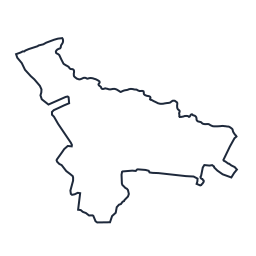 Río Bravo, Suchitepéquez, Guatemala (Mercator projection), rotated 87°
{"feature_id": "79465075B98045843880740", "entity_name": "Río Bravo", "entity_type": "district", "adm_level": 2, "iso_a3": "GTM", "parent_name": "Guatemala", "parent_adm1": "Suchitepéquez", "projection": "mercator", "projection_center": [-91.352, 14.385], "detail": "fine", "context": "isolated", "style": "outline", "palette": "slate", "viewbox_px": 256, "rotation_deg": 87, "n_neighbors": 0, "source": "geoboundaries", "source_scale": "gbopen_adm2", "svg_char_len": 4950}
<svg xmlns="http://www.w3.org/2000/svg" viewBox="0 0 256 256"><g transform="rotate(87 128 128)"><path d="M34.8,189.0L34.9,190.3L35.1,193.3L36.0,197.2L38.5,205.2L40.0,208.2L40.9,213.0L41.6,214.0L44.0,223.0L45.3,226.6L46.1,227.5L46.0,229.1L47.0,231.3L48.4,235.9L52.0,234.9L57.6,230.7L64.5,227.8L71.1,222.4L74.5,219.0L81.3,213.8L84.9,212.4L87.9,212.7L90.8,213.7L94.8,212.6L100.4,206.2L93.7,188.6L93.4,186.6L94.2,185.7L100.2,185.5L102.1,190.8L104.6,196.9L106.3,201.2L108.0,203.1L110.8,203.2L111.5,202.5L112.9,201.3L120.2,197.6L139.8,185.8L142.0,184.9L143.4,185.2L142.8,189.1L145.7,192.8L149.1,195.4L155.6,200.6L156.4,201.0L157.9,200.6L160.3,198.5L161.6,196.2L167.8,191.9L171.1,188.0L173.2,185.7L174.7,185.4L177.7,185.6L187.5,188.8L190.8,188.5L191.8,187.4L191.4,184.7L190.1,181.6L190.6,179.2L207.0,182.1L207.5,179.5L209.4,177.5L210.7,174.5L213.3,171.5L213.4,167.9L214.0,167.2L219.4,165.3L220.7,163.7L221.2,150.9L215.1,148.5L212.0,144.7L206.5,143.4L204.1,141.0L203.6,139.1L201.3,137.2L200.8,135.8L199.8,135.3L196.4,131.6L193.9,130.6L190.0,131.3L188.6,132.3L187.7,133.8L186.3,135.0L184.6,136.6L183.1,137.0L174.3,136.9L171.4,136.2L171.1,135.7L170.8,125.9L171.3,122.5L170.0,121.2L169.8,120.4L170.8,112.7L171.8,109.6L173.5,108.8L174.1,105.8L174.6,100.1L179.1,72.6L179.9,65.0L182.2,61.2L184.9,61.5L187.4,62.4L189.1,58.9L188.8,57.8L188.3,57.6L187.3,56.4L185.6,55.2L184.4,55.2L183.9,55.8L182.8,56.4L182.6,57.2L181.7,58.0L180.6,58.2L179.6,57.5L171.4,55.4L169.0,53.7L169.8,48.6L169.5,45.9L171.0,44.1L171.9,44.0L175.2,41.0L179.2,35.9L182.8,27.4L178.5,24.4L175.2,21.4L172.6,23.5L170.7,26.9L168.9,29.0L168.9,29.6L166.4,32.7L166.1,33.5L165.6,34.1L164.9,34.4L151.8,27.2L143.8,22.2L142.2,20.1L141.2,20.6L140.7,21.1L140.0,21.7L139.4,22.0L138.9,22.3L138.3,22.7L137.5,23.1L136.5,23.4L136.0,23.5L135.2,23.6L134.5,23.9L133.8,24.6L133.4,25.1L132.9,25.7L132.4,26.4L131.9,27.3L131.8,27.9L131.7,28.8L131.5,29.8L131.3,30.7L131.2,31.6L131.0,32.5L130.9,33.3L130.9,33.8L130.9,34.8L131.0,35.7L131.0,36.4L131.0,37.6L131.0,38.6L130.9,41.5L130.8,42.2L130.7,43.0L130.5,43.6L130.2,44.2L129.9,44.8L129.4,45.7L128.7,46.6L128.3,47.5L128.2,48.3L128.2,49.1L128.2,50.6L128.1,51.3L128.0,51.9L127.7,52.9L127.4,53.4L126.9,54.0L126.2,54.5L125.8,55.3L125.1,57.7L124.7,58.3L123.9,58.9L123.3,59.1L121.9,59.1L121.3,59.2L120.6,59.4L119.8,60.0L119.3,60.6L119.0,61.3L118.8,62.0L118.5,62.6L117.8,63.1L117.7,64.0L118.2,64.7L119.3,65.4L119.8,65.8L120.1,66.5L119.6,67.1L119.2,67.6L119.1,68.3L119.0,69.0L119.0,69.7L119.0,70.6L119.1,71.1L119.4,72.0L119.6,73.5L119.7,74.3L119.7,74.8L119.7,75.8L118.9,76.2L118.4,76.0L117.6,76.0L116.8,76.1L115.9,76.2L115.1,75.9L114.6,75.6L113.6,75.6L113.1,75.9L112.7,76.4L112.3,76.8L111.9,77.2L111.3,77.5L110.7,77.7L110.1,77.8L108.2,77.8L107.1,77.6L106.3,77.5L105.6,77.5L104.8,77.9L104.4,78.5L103.6,79.4L103.2,80.0L103.1,81.3L103.1,81.9L103.7,83.0L104.4,84.0L104.8,84.6L105.0,85.6L105.1,86.7L105.1,87.4L105.2,88.6L105.3,89.5L105.4,90.4L105.5,91.0L105.6,91.6L105.6,93.1L105.5,94.4L105.4,95.0L105.1,95.9L104.8,96.9L104.4,97.5L104.0,98.2L103.6,98.9L103.1,99.8L102.7,100.6L102.3,101.3L101.9,101.9L101.5,102.5L101.2,103.2L101.0,104.0L100.4,104.5L99.6,104.1L98.6,104.0L98.0,104.3L97.7,104.7L97.3,105.5L97.1,106.3L97.0,106.9L96.7,107.9L96.3,108.7L96.1,109.2L95.6,109.8L95.2,110.2L94.6,110.4L93.1,110.4L92.2,110.6L91.8,111.3L91.7,112.2L91.7,113.0L91.7,113.9L91.7,114.6L91.3,115.4L91.0,116.1L90.6,116.7L90.1,117.4L90.0,118.5L89.9,119.2L89.8,120.0L89.5,120.7L89.3,121.8L89.2,122.4L89.1,123.3L89.2,124.0L89.3,124.9L89.5,125.5L89.8,126.2L90.0,127.3L90.1,128.5L90.2,129.1L90.3,129.8L90.8,131.4L91.1,132.1L91.4,132.7L91.6,133.5L91.1,134.3L90.5,135.1L89.6,136.4L89.0,137.3L88.6,138.2L88.3,139.1L88.2,139.7L88.2,140.5L88.2,141.2L88.3,141.8L88.4,142.5L88.5,143.4L88.5,143.9L88.4,144.9L88.0,146.0L87.7,146.8L87.5,147.7L87.2,148.6L87.3,149.1L87.6,150.1L87.7,150.6L87.7,151.3L87.4,152.1L86.7,152.6L85.8,152.8L85.2,153.3L84.8,153.8L84.3,154.4L83.8,154.9L83.1,155.2L82.6,155.1L82.0,154.6L81.4,154.1L80.8,153.9L80.0,154.1L79.3,154.9L79.0,155.3L78.4,156.3L77.9,157.1L77.4,158.2L77.1,159.2L76.7,160.1L76.5,160.7L76.3,161.6L76.2,162.2L76.1,162.9L76.2,163.5L76.2,164.1L76.4,164.9L76.6,165.5L76.6,166.2L76.3,166.7L75.8,167.6L75.6,168.3L75.6,169.0L75.6,169.7L75.8,170.3L76.2,171.2L76.5,172.1L76.8,173.0L76.9,174.1L76.6,175.1L76.3,175.7L76.1,176.4L75.6,177.0L75.1,177.6L74.4,178.4L73.6,179.1L73.0,179.3L70.8,179.3L69.8,179.0L69.2,179.0L68.6,178.9L67.6,179.0L67.0,179.4L66.4,180.1L66.2,181.4L66.1,182.2L65.6,182.9L65.0,183.4L64.2,183.8L63.6,184.4L63.1,185.1L62.8,185.6L62.4,186.2L62.1,186.8L61.7,187.3L61.3,187.9L60.9,188.5L60.3,189.1L59.4,189.5L56.3,190.9L52.6,192.4L51.6,192.8L51.1,193.3L50.5,194.0L50.1,194.7L49.7,195.4L49.2,195.9L48.4,196.0L47.7,196.0L46.9,195.5L46.5,195.1L45.9,194.4L45.5,193.5L45.2,192.7L45.1,192.1L44.8,191.5L43.8,190.9L42.9,190.8L41.6,190.3L40.6,189.5L39.7,188.9L39.1,188.6L37.9,188.3L36.9,188.3L36.0,188.4L35.5,188.6L34.8,189.0Z" fill="none" stroke="#1e293b" stroke-width="2"/></g></svg>